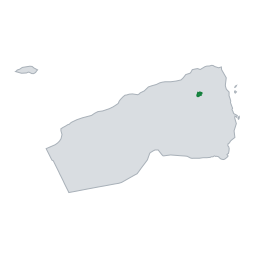 Damt, Al Dali', Yemen (highlighted), rotated 179°
{"feature_id": "15242507B35659616326925", "entity_name": "Damt", "entity_type": "district", "adm_level": 2, "iso_a3": "YEM", "parent_name": "Yemen", "parent_adm1": "Al Dali'", "projection": "orthographic", "projection_center": [44.686, 14.105], "detail": "fine", "context": "in_parent", "style": "filled", "palette": "green", "viewbox_px": 256, "rotation_deg": 179, "n_neighbors": 0, "source": "geoboundaries", "source_scale": "gbopen_adm2", "svg_char_len": 3702}
<svg xmlns="http://www.w3.org/2000/svg" viewBox="0 0 256 256"><g transform="rotate(179 128 128)"><path d="M210.2,108.8L201.2,112.5L198.8,114.1L196.7,116.1L195.1,118.5L194.1,122.6L195.1,126.4L195.1,128.4L192.8,129.8L190.6,130.9L188.1,132.4L186.6,132.8L185.4,134.0L184.0,134.9L178.9,137.2L173.3,139.0L164.3,141.2L160.9,143.4L157.8,144.9L153.0,145.5L146.4,147.6L142.7,149.3L138.2,152.1L137.2,152.9L136.4,154.9L135.1,156.6L132.3,159.4L130.3,160.9L128.9,161.0L126.2,161.8L123.0,162.0L117.7,161.1L116.3,161.8L115.2,162.9L111.1,164.8L106.9,168.7L103.8,169.7L98.9,171.0L95.4,172.6L93.0,173.2L90.0,173.6L84.4,173.5L79.1,174.1L74.2,175.1L71.9,177.2L69.3,180.4L65.0,181.7L64.0,182.9L62.7,185.2L59.9,185.8L57.4,186.2L54.8,185.2L49.9,188.0L48.1,188.5L45.3,188.6L43.3,189.2L41.9,189.0L40.1,187.9L36.3,186.6L33.6,187.4L33.4,184.7L28.9,176.5L29.9,169.3L29.9,168.3L29.0,165.1L26.3,162.2L26.4,158.5L25.5,155.8L24.8,153.1L25.0,152.3L25.1,151.7L23.7,147.5L23.3,146.6L23.1,145.7L23.6,145.1L23.6,144.3L22.9,143.0L22.1,140.6L18.5,138.6L19.2,136.8L19.9,137.4L20.9,138.0L21.1,136.8L21.1,136.0L19.6,130.5L22.0,123.3L21.3,116.7L24.7,114.1L25.6,113.3L26.1,112.6L26.9,111.2L28.1,110.7L28.5,109.1L28.4,108.3L27.7,107.7L27.2,105.8L27.4,103.5L27.6,102.5L28.0,100.8L29.2,100.1L29.5,99.6L28.5,98.5L28.6,97.8L30.7,96.0L31.5,95.4L32.8,94.8L33.9,94.9L35.0,95.2L36.1,95.7L37.1,96.7L38.2,97.8L39.9,98.2L41.0,98.1L42.0,98.6L42.7,98.3L43.6,97.7L45.1,97.8L46.3,97.2L50.0,96.9L53.5,97.0L57.2,96.5L60.8,96.6L64.5,96.6L65.4,96.7L66.2,97.0L69.3,98.7L71.7,99.0L76.4,99.4L81.5,99.9L85.9,100.3L89.6,99.9L92.7,99.5L93.5,99.6L94.5,100.6L96.4,103.1L98.2,105.5L101.3,105.6L103.2,104.7L105.4,103.4L106.7,102.4L108.2,98.4L109.1,95.9L111.3,93.0L113.2,90.6L115.7,87.4L117.0,85.6L119.7,82.1L122.3,80.8L127.3,78.1L132.2,75.4L135.4,73.7L138.1,72.9L142.7,72.2L148.0,71.3L153.4,70.4L159.1,69.5L165.5,68.4L169.8,67.7L175.4,66.7L180.0,65.9L184.1,65.2L188.3,64.5L189.1,66.4L190.0,68.2L190.9,70.1L191.8,72.0L192.7,73.9L193.5,75.8L194.4,77.7L195.3,79.6L196.2,81.5L197.1,83.3L197.9,85.2L198.8,87.1L199.7,89.0L200.6,90.9L201.5,92.8L202.4,94.7L203.2,96.5L204.5,97.1L205.4,98.8L206.6,101.3L207.8,103.8L209.0,106.3L210.2,108.8ZM225.6,185.4L226.8,185.6L228.5,184.8L233.5,184.6L239.5,186.4L238.4,187.1L237.8,187.9L235.2,188.7L232.6,190.4L225.0,191.5L222.8,191.2L220.9,189.6L217.4,187.7L218.7,186.3L219.0,185.7L219.5,185.1L221.4,184.0L223.3,184.1L225.6,185.4ZM20.7,162.9L20.4,163.3L20.1,163.2L18.9,162.2L20.2,161.0L20.9,162.1L20.7,162.9ZM17.2,137.2L16.6,137.7L16.5,136.9L16.9,135.2L17.5,134.8L17.9,136.0L17.6,136.7L17.2,137.2ZM20.0,168.0L18.8,168.6L19.6,167.1L20.5,166.8L20.0,168.0Z" fill="#d9dde1" stroke="#a8b0b8" stroke-width="1"/><path d="M54.4,159.8L54.4,160.0L54.5,160.2L54.6,160.3L54.6,160.5L54.5,160.8L54.4,160.8L54.2,160.9L54.1,161.0L53.9,161.1L53.7,161.1L53.6,161.3L53.6,161.5L53.6,161.8L53.7,162.0L53.8,162.0L54.0,162.0L54.3,162.0L54.5,162.1L54.8,162.1L55.0,162.2L55.1,162.3L55.3,162.3L55.5,162.4L55.5,162.5L55.8,162.5L55.9,162.4L56.0,162.4L56.3,162.2L56.3,161.9L56.2,161.9L56.0,161.7L55.9,161.6L56.0,161.6L56.3,161.6L56.5,161.6L56.8,161.8L57.0,161.9L57.1,162.0L57.5,162.2L57.6,161.9L57.6,161.7L57.7,161.4L57.8,161.3L57.8,161.2L57.7,161.0L57.7,160.9L57.7,160.7L57.8,160.7L58.0,160.4L58.1,160.2L58.3,160.0L58.3,159.9L58.4,159.3L58.4,159.2L58.3,158.9L58.2,158.9L58.2,158.7L57.9,158.5L57.8,158.4L57.7,158.4L57.4,158.3L57.2,158.4L57.0,158.5L56.9,158.7L56.9,158.8L56.7,158.9L56.4,158.9L56.4,159.0L56.2,159.1L55.9,159.1L55.8,159.3L55.8,159.5L55.7,159.5L55.8,159.7L55.7,159.8L55.6,160.0L55.4,160.1L55.2,160.1L54.9,159.9L54.7,159.9L54.4,159.8L54.4,159.8ZM56.8,159.5L56.9,159.4L57.0,159.3L56.9,159.5L56.8,159.5Z" fill="#22c55e" stroke="#15803d" stroke-width="1.5"/></g></svg>